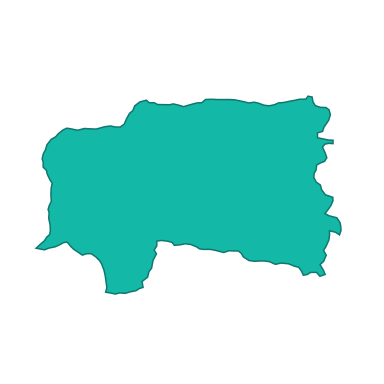 the district of Palmeira d'Oeste, São Paulo, Brazil, rotated 279°
{"feature_id": "56859067B94234705646326", "entity_name": "Palmeira d'Oeste", "entity_type": "district", "adm_level": 2, "iso_a3": "BRA", "parent_name": "Brazil", "parent_adm1": "São Paulo", "projection": "natural_earth1", "projection_center": [-50.754, -20.439], "detail": "fine", "context": "isolated", "style": "filled", "palette": "teal", "viewbox_px": 384, "rotation_deg": 279, "n_neighbors": 0, "source": "geoboundaries", "source_scale": "gbopen_adm2", "svg_char_len": 2582}
<svg xmlns="http://www.w3.org/2000/svg" viewBox="0 0 384 384"><g transform="rotate(279 192 192)"><path d="M95.8,156.7L101.0,161.5L106.5,161.9L110.4,164.0L114.2,164.1L118.5,164.2L125.4,166.6L128.7,163.7L133.2,165.7L138.0,164.9L139.4,169.6L139.6,175.5L139.1,180.2L136.6,182.9L138.0,188.6L139.8,193.5L140.0,198.7L138.7,204.6L137.0,208.4L137.1,212.4L138.2,218.9L138.0,224.8L137.2,232.8L139.8,237.8L140.3,242.8L141.0,247.1L139.0,250.4L135.9,252.9L133.2,259.2L133.4,264.9L134.5,269.7L135.2,274.5L135.3,279.6L133.6,285.7L135.7,291.0L136.2,298.5L134.8,304.6L134.3,309.2L130.9,312.6L127.2,315.0L128.5,318.7L131.1,321.6L132.1,327.5L128.8,331.5L131.4,336.4L135.2,334.1L140.3,329.8L143.9,332.8L150.6,334.5L154.8,331.1L158.9,332.8L166.0,334.7L171.1,334.6L175.2,333.8L174.7,340.1L172.7,344.4L177.3,345.2L180.9,344.4L184.8,343.1L189.2,339.1L190.0,330.9L191.5,326.7L196.0,329.2L200.5,331.4L205.3,332.6L208.8,331.9L210.1,324.2L214.6,319.6L219.0,317.7L221.2,313.1L225.4,310.1L229.4,309.7L233.2,311.1L238.1,310.9L240.8,314.3L242.9,318.1L246.9,319.8L251.8,317.2L256.7,313.8L260.1,315.8L261.5,319.7L261.8,323.7L265.2,323.2L264.7,318.7L264.9,314.5L265.2,307.5L270.0,306.7L272.3,311.5L276.7,312.2L280.6,314.1L284.3,315.8L290.0,316.6L294.6,314.5L296.4,311.1L295.7,305.5L296.6,300.2L300.1,297.3L304.6,295.8L304.8,291.6L301.5,289.9L300.5,283.9L298.8,279.6L297.3,275.2L294.8,268.7L293.4,263.2L291.2,260.0L289.2,254.8L289.0,249.4L290.1,244.1L290.4,239.2L288.8,234.1L289.2,230.1L289.5,225.2L289.7,220.2L289.3,215.5L288.4,209.6L287.4,203.5L286.7,197.2L285.5,190.9L281.7,187.7L280.8,183.0L278.9,178.7L276.6,173.7L275.0,170.4L275.7,165.3L276.1,159.8L274.6,155.9L273.9,150.4L273.0,144.5L274.3,140.5L273.4,135.9L275.5,132.6L272.8,126.4L268.2,122.0L263.1,120.8L259.9,118.0L253.8,115.8L248.5,114.5L244.9,110.9L244.2,106.0L244.5,101.2L242.7,95.3L239.2,87.6L238.5,81.9L237.9,75.8L235.1,69.3L235.4,63.4L235.5,58.5L233.2,55.0L228.9,51.0L225.2,48.7L222.0,44.7L215.8,41.3L211.0,40.7L206.5,39.2L201.4,38.8L198.1,40.4L193.3,41.1L190.5,44.9L186.9,46.3L181.8,49.8L178.9,52.5L173.7,52.3L167.0,53.1L160.8,54.5L156.2,53.1L152.3,52.6L149.2,54.1L143.5,54.6L137.6,56.9L131.8,58.1L127.8,58.1L124.7,55.6L120.6,53.8L116.7,50.4L112.1,46.8L111.9,51.4L111.8,55.3L114.2,59.4L116.4,65.3L119.0,69.3L121.8,72.9L123.1,76.5L119.2,80.8L116.9,84.2L114.6,89.2L112.5,93.5L114.6,97.8L115.3,102.1L112.8,107.3L109.7,111.5L106.8,114.0L101.2,117.2L96.0,119.3L91.0,120.8L84.1,122.9L79.5,122.4L79.5,127.7L79.2,132.3L81.0,136.3L81.5,142.0L83.8,146.8L85.7,152.1L88.5,155.2L90.1,158.6L95.8,156.7Z" fill="#14b8a6" stroke="#0f766e" stroke-width="1.5"/></g></svg>